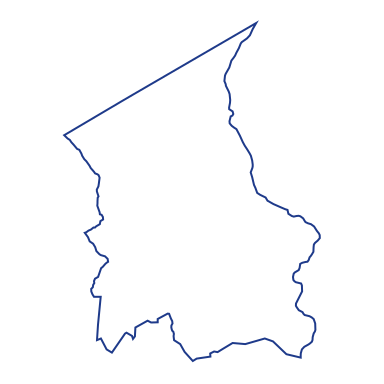 Morro Cabeça no Tempo, Piauí, Brazil
{"feature_id": "56859067B6613236641364", "entity_name": "Morro Cabeça no Tempo", "entity_type": "district", "adm_level": 2, "iso_a3": "BRA", "parent_name": "Brazil", "parent_adm1": "Piauí", "projection": "natural_earth1", "projection_center": [-43.896, -9.762], "detail": "fine", "context": "isolated", "style": "outline", "palette": "blue", "viewbox_px": 384, "rotation_deg": 0, "n_neighbors": 0, "source": "geoboundaries", "source_scale": "gbopen_adm2", "svg_char_len": 2893}
<svg xmlns="http://www.w3.org/2000/svg" viewBox="0 0 384 384"><path d="M300.7,357.6L300.7,355.0L300.8,353.3L301.9,349.4L304.3,346.8L308.6,344.4L310.0,343.4L311.9,341.7L312.5,340.0L312.7,337.1L313.7,333.4L314.9,331.5L315.4,329.9L315.3,326.8L315.2,323.5L313.7,319.1L311.7,317.4L309.5,316.2L304.6,315.0L303.4,313.7L302.5,312.1L298.8,310.2L296.7,307.2L295.9,305.8L296.0,303.5L302.1,291.4L301.9,285.4L301.1,283.5L295.8,282.2L294.4,281.2L293.4,280.0L293.0,277.0L293.7,273.7L294.7,272.5L298.7,270.1L299.6,267.9L300.2,263.9L302.2,262.8L305.4,262.0L307.5,261.7L308.7,260.0L309.6,257.3L310.6,256.2L311.8,254.5L313.4,251.8L313.6,247.0L313.9,244.5L315.0,242.9L317.7,240.6L319.8,238.1L319.7,235.1L318.9,233.4L316.9,230.9L314.1,226.5L311.0,224.2L308.0,223.3L305.5,222.1L304.6,220.8L303.2,218.4L300.4,216.3L298.7,215.8L296.5,216.0L293.8,216.6L291.8,216.0L290.3,215.0L288.4,213.8L287.5,209.9L285.2,209.2L281.0,207.4L273.5,204.1L267.5,200.7L265.6,197.5L260.1,194.8L257.2,192.9L255.4,187.9L254.0,184.9L252.2,177.3L250.7,172.4L252.4,167.9L252.7,166.3L252.7,164.5L252.2,160.6L250.9,155.8L249.7,153.5L247.2,149.4L244.7,145.6L242.8,142.1L239.9,135.7L236.4,129.1L234.2,127.7L231.7,125.8L229.7,123.4L229.5,121.2L230.7,116.4L232.4,115.6L233.3,114.0L232.6,111.4L229.2,109.2L229.1,107.6L230.0,102.9L230.2,100.0L229.6,94.1L228.7,91.5L225.9,85.8L225.7,84.2L224.4,81.1L225.0,75.6L225.7,73.8L229.3,67.5L231.4,60.6L233.5,57.9L235.1,55.6L236.4,52.7L238.9,48.1L239.5,46.6L240.8,43.4L241.8,42.1L247.0,38.4L249.9,35.3L252.7,29.1L256.2,23.0L189.8,61.6L133.2,94.5L121.4,101.4L64.2,135.2L67.6,138.5L69.8,139.9L71.3,142.2L73.7,144.8L77.1,148.9L79.3,149.8L81.4,153.6L82.2,155.8L84.3,159.2L86.3,161.2L89.5,165.7L90.7,168.0L94.0,171.8L95.1,173.4L97.5,174.3L98.6,175.2L99.6,177.7L98.8,183.9L98.4,186.4L96.8,189.6L96.9,191.5L98.5,196.4L97.7,197.7L97.5,201.2L97.5,203.2L97.3,205.7L99.6,212.2L99.9,214.3L101.6,214.8L102.9,217.0L103.1,219.5L100.4,221.1L99.8,224.2L96.2,226.3L95.0,227.5L93.5,227.5L90.9,229.6L88.5,230.6L86.4,232.2L84.8,232.8L88.0,237.2L89.7,241.4L93.1,243.7L95.2,247.2L96.4,251.1L99.4,254.2L100.8,255.1L105.0,256.3L107.6,258.8L108.1,261.8L106.7,262.7L105.4,263.8L102.7,266.9L101.1,268.2L98.1,276.9L95.0,278.7L94.0,281.1L94.3,283.1L93.2,284.8L92.8,287.3L91.2,288.9L91.3,291.5L92.5,294.4L94.0,296.8L100.7,296.8L98.0,324.7L97.0,340.1L98.5,339.5L100.9,338.5L106.6,349.4L111.9,352.6L123.1,336.4L125.0,333.6L126.5,332.7L132.0,335.9L133.0,338.9L134.9,336.4L135.4,327.5L147.6,320.7L151.1,322.5L157.7,322.3L157.7,319.0L167.7,313.6L169.1,313.8L169.8,315.7L170.9,318.5L172.2,321.1L172.5,323.5L171.4,325.5L171.3,327.3L171.7,329.2L172.2,330.7L173.3,331.7L173.9,333.9L173.6,336.0L173.8,338.0L174.1,340.2L180.2,344.1L184.6,351.9L192.8,361.0L196.7,358.6L210.4,356.6L210.2,353.5L214.1,351.5L217.6,352.1L223.3,348.6L232.6,343.0L245.3,344.1L264.8,338.5L273.0,341.4L286.4,354.2L300.7,357.6Z" fill="none" stroke="#1e3a8a" stroke-width="2"/></svg>